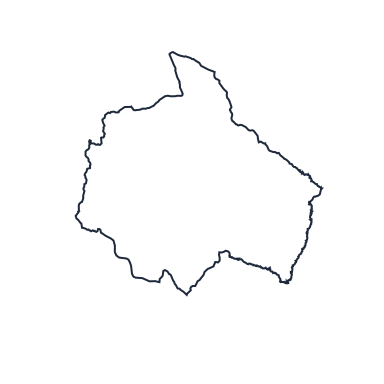 the district of Luwu Utara, Sulawesi Selatan, Indonesia, rotated 328°
{"feature_id": "22746128B26232805086319", "entity_name": "Luwu Utara", "entity_type": "district", "adm_level": 2, "iso_a3": "IDN", "parent_name": "Indonesia", "parent_adm1": "Sulawesi Selatan", "projection": "natural_earth1", "projection_center": [120.334, -2.406], "detail": "fine", "context": "isolated", "style": "outline", "palette": "slate", "viewbox_px": 384, "rotation_deg": 328, "n_neighbors": 0, "source": "geoboundaries", "source_scale": "gbopen_adm2", "svg_char_len": 6032}
<svg xmlns="http://www.w3.org/2000/svg" viewBox="0 0 384 384"><g transform="rotate(328 192 192)"><path d="M223.7,319.4L224.9,318.2L225.3,318.2L225.1,321.1L225.9,318.8L226.8,317.9L227.5,318.0L228.2,318.6L228.6,318.1L229.4,318.5L229.8,317.7L230.7,317.5L231.8,315.9L232.9,315.1L233.0,313.7L232.8,313.2L233.4,312.2L234.2,313.1L236.6,310.2L236.6,309.0L237.8,308.2L238.3,308.5L238.6,307.6L240.5,307.8L241.8,306.9L243.1,306.7L243.6,306.2L243.4,305.2L244.5,305.3L245.8,304.5L247.0,304.4L247.9,303.8L247.9,303.0L248.9,302.9L249.7,302.1L252.0,302.1L252.8,301.1L254.1,300.8L255.1,298.7L255.6,298.7L255.6,299.3L256.4,299.3L256.8,298.6L257.9,298.7L258.8,298.2L258.8,297.6L259.9,297.4L261.3,295.4L262.0,295.4L263.0,294.5L262.8,293.6L264.2,293.4L265.4,292.3L266.0,290.6L266.3,290.5L267.1,289.0L268.0,288.3L267.3,287.9L267.4,287.4L268.6,286.5L269.7,286.3L270.5,284.6L271.9,285.0L273.7,284.1L274.9,282.8L276.2,282.3L276.2,281.8L277.6,280.7L278.0,279.9L277.7,279.7L278.0,278.6L277.7,278.2L278.8,278.2L278.5,277.7L278.6,276.0L280.0,274.5L280.0,274.9L280.4,274.9L282.0,273.7L282.1,272.9L283.0,272.5L282.1,272.1L282.5,271.7L283.1,271.9L283.5,271.4L283.3,270.4L284.2,270.5L284.3,269.7L285.2,269.2L285.4,268.1L286.1,267.6L286.4,266.2L286.2,265.2L285.2,265.1L284.7,264.5L285.4,264.0L285.6,262.9L286.1,262.5L286.8,263.3L287.2,262.8L290.3,262.2L291.8,261.0L293.4,260.7L294.4,261.5L295.3,261.4L296.8,262.0L299.2,261.7L302.6,258.3L304.2,257.8L303.6,257.3L303.8,256.5L303.5,256.6L303.6,256.3L302.6,255.1L302.4,254.5L303.0,254.7L301.9,253.6L301.8,251.9L302.1,251.6L301.0,250.5L300.2,247.8L299.6,247.0L299.7,246.5L298.8,246.0L300.0,244.7L300.1,243.5L299.6,243.3L299.1,242.2L299.5,241.7L300.3,241.6L300.5,240.6L299.7,239.3L299.8,238.4L299.0,238.7L298.1,237.4L296.5,237.2L295.7,235.1L296.4,235.2L296.4,233.4L295.2,233.9L295.4,233.5L294.5,232.2L294.7,231.3L295.2,230.9L294.5,230.2L294.1,230.8L293.6,228.6L293.7,227.6L293.1,226.8L292.9,225.6L291.7,224.7L291.3,223.2L291.5,221.5L289.8,219.5L290.2,218.3L289.3,215.2L288.8,213.9L287.8,212.7L287.8,211.6L286.3,207.6L286.4,205.1L286.0,204.5L284.7,204.3L283.6,202.0L282.1,201.2L279.6,198.0L279.4,196.6L280.0,193.0L279.5,190.2L279.9,189.5L278.7,189.0L277.0,185.7L275.0,185.3L276.1,181.9L277.4,179.2L276.8,173.1L276.1,171.7L273.8,170.7L272.8,169.5L272.0,165.4L269.7,161.6L268.4,160.6L266.5,160.1L265.7,158.2L265.2,158.0L264.4,154.1L263.9,153.5L264.0,151.8L264.7,150.1L267.1,147.9L267.6,146.0L267.3,144.9L267.7,143.6L267.5,142.8L267.9,142.1L270.3,141.1L270.7,140.1L271.9,135.0L272.1,132.3L271.7,131.1L272.8,128.1L274.1,126.7L274.5,125.7L273.4,121.2L272.9,114.1L274.2,112.1L273.5,110.2L272.4,109.1L271.9,106.9L272.8,104.6L274.8,102.2L270.7,96.8L266.6,89.9L266.6,86.1L265.9,85.3L265.7,84.2L265.1,83.7L263.7,80.0L262.6,79.5L261.8,77.6L258.4,73.5L257.4,73.3L254.3,70.2L252.4,67.7L250.1,63.4L249.0,62.9L246.3,62.9L245.8,63.4L243.8,75.5L243.8,77.6L242.9,79.5L242.2,80.0L240.2,87.2L239.9,92.1L239.1,92.6L238.9,94.1L237.2,96.9L236.2,103.7L235.1,104.8L234.1,104.9L230.2,102.4L228.9,102.1L224.6,99.5L222.6,97.6L220.0,96.5L213.0,96.7L211.7,97.4L208.5,97.6L205.4,98.5L200.0,98.0L199.1,97.4L196.8,96.8L194.1,95.0L191.9,94.8L187.0,92.5L186.0,91.6L185.7,87.3L185.0,87.3L180.0,84.3L174.3,84.5L172.6,84.8L172.0,85.5L169.8,84.4L168.3,82.4L165.6,81.2L164.4,81.7L163.1,80.3L159.1,80.7L157.4,82.7L154.8,83.0L154.1,83.4L153.2,86.7L153.0,89.4L151.2,90.3L150.5,91.7L148.8,93.3L148.9,96.5L147.7,97.1L147.1,98.2L145.7,98.8L144.4,97.9L143.6,97.8L141.1,102.8L139.2,103.3L138.4,103.0L137.7,101.7L137.2,101.9L135.6,101.0L134.6,98.9L132.6,97.6L132.2,96.3L133.3,94.9L132.6,93.9L131.6,94.6L130.9,96.2L130.9,97.4L129.6,97.8L128.5,99.9L126.7,100.9L125.0,100.7L123.2,101.3L121.1,104.5L121.1,106.2L121.8,108.1L121.5,109.8L120.7,110.8L121.1,113.0L120.8,114.1L120.4,115.1L119.4,115.5L118.4,117.4L118.1,117.7L115.5,116.8L113.3,118.8L110.7,119.9L109.9,120.7L109.9,122.2L109.1,123.6L109.3,124.5L108.9,126.1L106.6,128.5L104.8,128.3L103.6,130.3L101.8,131.4L101.3,132.7L101.3,134.2L97.9,137.3L97.0,138.6L96.8,139.4L93.5,142.1L92.1,141.9L89.9,142.4L88.5,143.9L86.2,147.9L86.2,148.3L85.0,148.3L84.9,149.1L80.7,150.6L80.0,153.2L80.7,155.3L81.1,159.5L81.5,160.0L79.8,164.1L80.6,164.6L82.5,167.0L83.1,168.5L84.5,169.1L84.6,170.2L85.4,170.9L85.6,171.8L87.6,172.0L88.0,173.0L88.9,173.3L89.0,174.2L89.7,175.1L91.1,175.1L92.8,173.6L93.8,174.3L94.2,175.8L93.3,178.1L93.4,178.9L94.0,179.5L95.4,183.1L98.6,188.5L99.7,191.5L98.2,196.6L94.8,201.9L94.2,205.7L95.5,209.0L101.2,213.7L102.3,215.7L102.0,218.9L101.2,222.4L97.8,229.5L97.5,232.5L97.7,233.2L98.9,234.8L104.2,238.7L108.7,245.3L113.4,248.0L116.6,251.2L118.6,248.6L121.8,247.9L123.2,247.0L125.8,243.8L127.7,243.9L129.0,246.2L129.2,247.9L129.0,249.2L129.7,250.1L130.0,251.6L129.0,257.4L129.3,258.8L128.7,260.5L129.0,262.7L128.7,265.8L129.0,266.5L130.2,267.4L130.5,269.2L131.9,272.0L133.0,276.5L134.2,275.6L138.9,274.7L139.5,272.9L140.8,272.1L142.5,272.0L145.0,273.4L149.6,270.6L151.6,270.7L157.9,268.4L160.4,266.4L164.4,265.6L171.0,266.5L171.9,265.5L173.5,264.7L174.1,263.8L175.1,263.9L176.6,265.5L178.9,265.0L180.6,262.5L181.5,259.8L183.2,257.6L185.2,259.1L188.0,259.7L189.3,259.6L191.1,261.4L191.5,263.2L190.6,265.7L189.9,265.8L189.5,267.0L191.3,268.4L191.0,268.9L191.9,269.6L192.6,271.1L195.8,272.9L194.6,273.1L195.2,274.1L197.3,274.6L198.3,275.3L198.9,278.8L200.0,280.3L200.8,282.4L201.7,283.2L202.3,282.9L203.2,283.4L203.8,284.2L203.7,284.5L205.5,286.2L205.3,286.7L205.9,286.8L206.8,288.4L207.3,288.9L207.6,288.4L208.2,288.7L209.4,290.9L210.5,291.2L210.4,292.2L210.8,292.3L210.8,292.9L211.5,293.6L211.4,294.2L212.8,295.1L214.4,295.2L214.4,296.9L215.0,297.1L215.2,298.1L215.5,298.2L215.7,297.4L217.8,297.5L217.3,298.2L217.5,298.9L216.9,299.1L216.7,299.9L216.8,301.1L217.9,302.0L217.7,303.6L218.7,303.7L219.1,304.5L219.4,304.4L219.9,305.0L220.2,305.9L220.0,306.6L221.4,308.6L220.7,309.9L220.8,312.6L220.2,313.4L220.4,313.9L219.2,314.6L219.3,315.3L222.8,317.2L222.5,317.8L223.1,318.1L223.0,318.7L223.7,319.4ZM224.3,320.1L225.1,319.1L225.0,318.3L224.5,319.4L224.3,320.1Z" fill="none" stroke="#1e293b" stroke-width="2"/></g></svg>